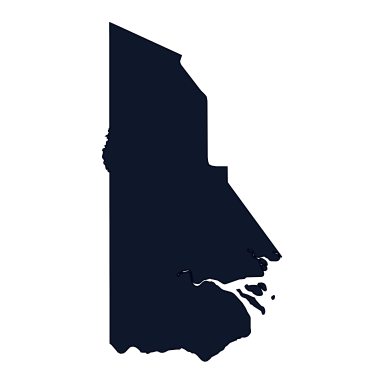 SVG path tracing the border of Western
{"feature_id": "PNG-1248", "entity_name": "Western", "entity_type": "Province", "adm_level": 1, "iso_a3": "PNG", "parent_name": "Papua New Guinea", "parent_adm1": "", "projection": "equal_earth", "projection_center": [142.614, -7.162], "detail": "fine", "context": "isolated", "style": "filled", "palette": "ink", "viewbox_px": 384, "rotation_deg": 0, "n_neighbors": 0, "source": "natural_earth", "source_scale": "10m", "svg_char_len": 5414}
<svg xmlns="http://www.w3.org/2000/svg" viewBox="0 0 384 384"><path d="M108.7,135.4L108.5,134.4L108.8,133.8L109.3,133.3L109.5,132.5L109.3,132.0L108.8,131.4L108.7,130.9L108.7,130.6L109.0,130.5L109.3,128.9L109.8,128.0L110.0,127.9L110.0,119.7L110.0,102.0L110.0,86.8L110.0,72.3L110.0,52.3L110.0,49.1L110.0,39.3L109.9,24.1L109.9,23.9L109.9,23.0L111.6,23.7L181.2,55.6L179.5,60.6L179.4,62.3L180.7,65.3L200.2,90.7L204.7,95.2L206.1,97.1L206.7,101.2L207.0,157.2L207.4,161.3L208.5,164.8L211.8,166.4L216.2,167.0L226.9,167.0L227.1,182.6L281.3,256.7L281.2,256.9L280.1,256.5L279.3,255.2L278.5,253.7L277.6,252.7L276.7,252.3L273.3,252.1L273.6,252.5L274.1,253.3L274.5,253.7L275.0,253.9L276.0,254.1L276.4,254.2L277.5,255.0L279.6,258.0L278.7,259.5L277.7,260.3L276.6,260.6L271.2,260.5L270.1,260.1L269.6,259.7L268.6,258.5L268.1,258.0L266.1,257.1L265.6,256.6L264.5,255.9L263.1,256.0L259.4,257.2L256.1,256.9L255.1,256.5L254.5,255.5L253.5,252.7L252.8,251.1L252.0,250.3L250.9,250.1L249.4,250.1L249.2,249.8L248.6,249.5L247.9,249.3L247.6,249.8L247.7,250.5L248.1,251.0L248.6,251.4L249.2,251.6L251.5,251.9L252.1,252.6L252.3,254.5L252.8,255.9L253.8,257.0L258.5,259.8L259.2,260.9L259.8,263.9L263.1,271.8L263.5,273.8L263.2,275.3L262.2,276.0L261.0,276.2L246.4,276.6L245.8,277.0L244.2,278.3L239.3,278.7L225.8,283.4L224.5,283.6L223.4,283.3L217.8,279.8L210.4,278.2L210.2,278.1L209.6,277.7L208.7,278.3L205.8,279.2L204.7,279.3L203.4,279.7L200.1,282.5L198.9,283.2L197.8,283.3L195.2,283.0L194.0,282.6L193.1,281.5L192.6,280.1L191.2,272.4L190.0,270.4L187.5,269.7L184.2,270.6L182.2,270.8L181.7,271.0L181.4,271.4L181.0,272.1L180.4,272.7L179.7,273.0L179.1,273.1L178.4,273.4L177.7,274.3L177.3,275.0L177.6,275.6L178.4,276.1L179.7,274.5L180.5,273.7L181.4,273.4L181.8,273.2L182.2,272.8L182.6,272.4L183.5,272.9L184.2,272.9L186.7,272.0L188.2,271.7L189.6,272.0L190.3,273.7L190.4,275.4L192.1,282.9L193.4,285.0L195.3,286.4L197.7,286.7L199.8,285.8L203.6,282.3L205.7,281.4L210.3,282.4L211.2,282.0L213.6,283.0L215.6,285.3L216.2,285.7L217.4,286.1L221.1,289.4L223.3,290.6L230.6,292.6L232.8,293.7L234.5,295.1L242.0,303.4L245.2,308.5L246.9,312.3L249.1,315.8L249.7,317.1L249.9,318.1L249.9,328.2L250.3,330.7L250.2,332.1L249.7,333.3L248.3,335.0L247.7,335.6L246.7,336.2L245.0,336.8L241.8,336.8L240.0,337.3L240.4,337.8L239.9,338.1L238.7,338.2L237.8,338.4L237.2,338.3L236.9,338.3L236.7,338.6L236.5,339.1L236.3,339.7L235.9,339.9L235.0,340.1L229.9,342.2L228.9,342.9L227.5,344.4L226.2,345.5L225.6,345.7L225.0,346.2L224.4,347.1L223.9,348.1L223.5,348.9L222.3,349.8L219.6,351.2L217.6,353.3L211.4,356.5L210.4,357.3L210.0,358.2L206.9,360.6L204.6,361.0L202.5,360.1L200.8,358.6L198.0,355.4L196.1,353.7L194.0,352.5L192.3,352.7L190.8,351.6L189.9,351.2L188.5,351.1L187.7,350.8L185.2,348.9L182.1,347.5L181.4,347.3L180.8,347.6L179.7,348.7L179.0,348.9L177.1,348.8L168.9,349.6L167.8,350.0L164.3,351.7L163.1,352.0L161.7,352.1L160.5,351.9L158.1,350.8L156.8,350.5L151.9,351.7L150.4,351.6L150.0,352.1L149.2,352.6L148.3,353.0L147.5,353.2L146.6,352.8L145.8,352.0L145.0,351.5L144.1,352.1L143.4,351.9L142.2,351.9L141.1,351.7L140.2,350.1L137.8,347.9L136.0,346.7L133.8,346.0L131.6,346.0L129.5,346.8L125.0,351.5L123.2,352.7L120.5,353.0L118.3,351.9L112.1,344.6L110.3,343.2L110.3,334.3L110.3,319.4L110.3,304.8L110.3,291.2L110.2,270.6L110.2,257.5L110.2,254.4L110.2,239.7L110.2,225.3L110.1,204.8L110.1,201.6L110.1,191.9L110.1,180.0L110.1,171.6L109.2,171.7L108.2,170.9L107.9,168.5L106.6,169.0L106.1,167.9L106.0,166.3L105.7,165.0L104.6,164.0L104.1,163.3L104.0,162.4L104.1,162.0L104.6,161.0L104.7,160.5L104.4,159.6L103.2,158.1L102.8,157.3L102.7,156.5L102.8,155.8L103.2,154.9L103.7,152.4L103.6,150.9L102.8,150.4L103.3,149.2L104.1,148.8L105.1,148.5L105.9,147.7L105.8,147.1L105.4,146.4L105.2,145.8L105.7,145.6L106.2,145.5L106.5,145.3L106.6,144.9L106.7,142.9L106.8,142.0L107.2,141.5L108.1,141.3L108.5,140.6L108.7,139.2L108.4,138.1L107.5,138.1L107.5,137.1L107.3,136.5L106.9,136.1L106.3,136.0L106.8,135.6L107.4,135.4L108.0,135.4L108.7,135.4ZM262.0,306.9L263.2,307.4L264.0,308.7L264.5,310.4L264.5,312.2L263.9,313.8L263.1,314.1L262.5,313.4L262.2,312.0L261.8,310.9L260.9,310.1L254.2,305.9L252.9,304.6L252.2,304.1L251.4,303.9L250.7,303.6L250.3,302.9L250.0,301.9L246.4,297.9L243.1,296.7L241.6,295.8L241.0,295.1L239.7,292.6L239.0,291.8L237.8,290.8L237.2,289.9L238.1,289.8L238.9,289.5L239.5,289.6L241.7,292.9L242.5,293.8L247.6,295.3L252.5,297.6L253.7,297.9L254.3,298.2L254.7,298.9L255.3,300.3L260.8,306.4L262.0,306.9ZM248.8,290.5L247.5,289.6L245.9,288.0L245.2,286.3L246.4,285.1L247.2,285.1L247.6,285.5L248.0,285.9L248.4,286.2L249.1,286.2L250.9,285.7L254.8,285.6L260.0,286.4L260.6,287.0L260.7,288.9L260.8,290.1L261.8,292.1L262.2,293.3L262.1,294.3L261.6,294.9L260.4,295.2L257.5,295.1L256.3,294.7L253.5,293.0L252.6,291.5L251.3,291.0L248.8,290.5ZM265.8,287.7L265.9,288.4L266.2,289.4L266.0,290.1L265.4,290.6L264.3,290.4L263.0,289.4L260.9,286.2L258.1,284.6L258.7,283.5L261.5,283.2L263.7,283.8L264.8,284.9L265.5,286.3L265.8,287.7ZM265.9,261.6L266.5,262.5L267.1,264.4L266.7,265.2L265.9,264.6L264.3,264.0L261.9,263.7L260.5,262.7L260.0,261.3L259.5,259.7L260.2,258.8L262.2,258.9L264.8,260.5L265.9,261.6ZM265.1,265.9L266.1,266.8L266.7,268.0L266.6,269.3L265.4,270.4L263.5,270.2L262.3,268.2L261.5,266.0L262.3,264.7L263.9,265.1L264.6,265.5L265.1,265.9ZM273.9,295.8L274.3,296.2L274.3,296.9L273.8,298.6L272.8,299.2L272.0,298.3L271.9,297.2L272.6,296.5L273.2,296.3L273.6,295.9L273.9,295.8Z" fill="#0f172a" stroke="#020617" stroke-width="1.5"/></svg>